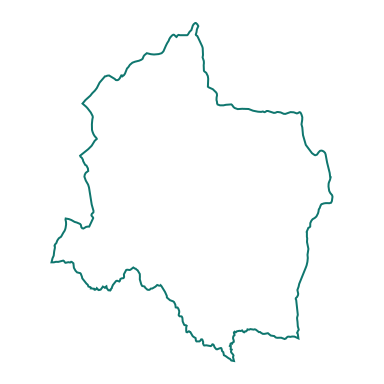 Gachetá, Cundinamarca, Colombia
{"feature_id": "7082276B90187187212426", "entity_name": "Gachetá", "entity_type": "district", "adm_level": 2, "iso_a3": "COL", "parent_name": "Colombia", "parent_adm1": "Cundinamarca", "projection": "equal_earth", "projection_center": [-73.63, 4.871], "detail": "fine", "context": "isolated", "style": "outline", "palette": "teal", "viewbox_px": 384, "rotation_deg": 0, "n_neighbors": 0, "source": "geoboundaries", "source_scale": "gbopen_adm2", "svg_char_len": 5916}
<svg xmlns="http://www.w3.org/2000/svg" viewBox="0 0 384 384"><path d="M301.4,114.3L300.4,112.5L299.5,112.2L297.7,113.2L296.8,113.4L293.7,112.3L290.5,112.1L285.4,113.9L283.7,113.8L280.6,112.4L278.0,112.0L277.1,112.0L275.5,112.7L273.9,112.9L268.0,111.0L266.7,111.0L264.9,112.1L264.2,112.1L262.9,111.5L261.2,111.9L258.0,111.7L253.0,110.7L248.6,109.0L242.1,108.8L237.7,109.1L234.7,108.0L233.6,107.1L232.0,104.9L231.3,104.4L225.9,104.8L223.6,105.3L219.9,105.3L217.6,104.5L217.1,103.4L217.0,101.9L216.5,100.0L216.6,97.4L217.0,95.5L216.9,93.9L216.2,92.5L212.8,89.2L208.8,87.4L207.9,86.7L208.2,78.7L207.8,76.0L206.2,72.8L204.6,71.6L204.1,71.1L203.9,70.5L203.7,65.2L203.9,63.1L203.8,61.0L202.6,57.4L203.0,55.0L202.7,48.1L202.2,46.4L198.2,37.8L197.3,36.0L196.1,35.2L195.8,34.6L196.5,32.1L196.9,29.4L198.3,26.1L197.3,24.3L195.8,23.0L195.2,23.0L193.7,24.2L192.8,25.6L191.4,30.0L189.5,31.9L187.9,34.6L187.1,35.2L180.0,35.2L178.6,34.9L177.5,35.5L176.8,36.7L176.4,37.0L174.2,34.9L173.7,34.7L173.1,34.8L171.9,35.6L170.3,37.4L169.4,38.9L168.6,40.9L167.2,43.1L165.9,45.7L163.4,51.4L161.6,53.2L158.6,54.1L154.0,54.5L150.9,54.2L146.8,53.2L144.4,55.2L143.6,56.3L142.6,58.8L141.4,59.7L139.1,60.7L135.0,61.7L132.4,62.7L129.9,64.8L128.3,67.2L127.0,68.5L125.0,73.6L123.9,75.2L122.2,76.4L121.9,76.1L121.8,75.4L121.3,75.4L119.7,78.4L118.4,79.8L117.1,80.2L115.8,80.0L114.7,78.9L109.1,75.5L107.2,75.7L105.8,76.3L105.0,76.3L99.6,82.6L96.8,88.1L94.9,90.6L92.2,93.3L90.3,95.7L85.5,100.0L82.5,103.6L86.0,106.6L87.5,108.2L90.8,112.5L92.6,116.0L92.8,117.2L92.3,119.7L91.9,124.2L92.0,129.9L92.6,132.0L93.6,134.4L94.8,136.3L96.3,137.9L96.8,138.9L94.7,140.8L91.7,145.7L88.2,149.2L80.1,155.7L80.6,156.8L81.8,157.8L82.9,159.7L83.2,161.2L85.2,164.9L86.4,165.5L87.9,168.4L88.2,171.0L85.8,172.8L84.8,174.6L84.4,176.7L85.8,180.6L88.1,184.6L89.0,187.5L91.7,204.5L93.5,210.9L93.4,212.4L91.8,213.9L91.4,215.1L91.5,215.6L93.1,217.6L93.2,218.1L89.2,226.6L87.7,226.6L86.1,226.9L83.5,228.5L82.3,228.3L81.4,227.3L80.8,224.8L80.0,223.9L76.7,222.5L74.6,221.9L71.3,220.0L68.9,219.1L65.7,218.5L65.5,219.6L66.0,221.9L66.1,224.4L65.6,227.8L65.1,229.6L64.3,231.3L63.5,232.4L61.1,236.7L58.8,238.3L57.3,240.5L56.3,243.1L55.0,244.5L54.7,245.3L54.8,245.3L54.9,247.8L54.2,251.3L53.7,255.7L52.5,258.3L51.5,262.3L54.0,262.3L55.9,261.8L58.2,261.9L63.2,260.6L63.9,261.0L65.1,262.6L65.6,262.8L68.3,262.2L70.2,262.5L71.1,261.8L71.7,261.9L73.4,263.3L73.9,267.8L75.5,270.7L77.1,272.4L80.1,273.1L80.7,273.6L81.9,276.6L82.3,278.4L86.5,283.7L87.7,284.7L88.4,286.5L90.4,287.2L90.9,287.7L90.8,288.4L91.0,288.4L94.4,288.8L95.0,289.3L94.7,289.7L94.9,289.8L96.2,289.2L96.8,288.2L98.4,290.0L98.9,289.8L99.4,290.0L100.7,289.6L102.9,286.6L103.5,287.1L104.7,287.4L105.5,288.5L105.2,287.1L106.4,286.3L106.8,288.2L108.4,290.3L109.4,290.4L110.2,289.8L110.4,290.2L110.8,289.8L110.8,289.2L111.7,288.2L111.7,288.7L111.9,287.4L112.9,285.0L116.0,281.1L117.0,280.7L119.3,281.5L119.7,281.1L120.5,278.9L121.6,278.4L123.5,278.1L124.1,277.0L123.9,274.3L126.2,270.0L127.1,269.7L129.7,270.0L130.5,269.7L133.3,267.5L135.0,268.6L135.7,268.7L136.4,269.5L137.6,270.3L139.8,274.0L139.9,276.8L139.8,279.3L141.3,284.5L142.2,286.0L144.5,286.5L145.2,287.7L147.4,289.7L149.0,289.9L149.8,289.6L150.8,288.6L152.3,288.5L155.5,286.6L157.2,285.0L158.9,285.6L160.7,285.7L160.8,285.4L161.3,285.9L165.0,291.9L166.8,295.9L166.9,297.5L170.0,300.2L173.0,301.3L174.0,302.0L175.3,304.6L175.7,307.4L176.6,307.6L177.5,307.5L178.3,308.6L179.2,311.0L179.2,312.3L178.7,314.9L178.8,315.5L179.7,316.3L181.2,316.3L181.8,316.6L182.4,318.0L182.7,321.5L184.1,324.7L184.5,325.1L185.8,325.2L186.7,325.8L186.3,326.9L186.2,328.0L186.2,330.9L186.5,332.1L187.2,332.3L188.8,331.3L189.3,331.4L189.7,331.9L190.3,332.0L192.6,336.0L193.5,336.8L195.6,338.1L195.9,340.6L196.5,341.4L199.4,341.4L200.3,340.7L201.1,339.4L201.9,339.3L202.4,339.8L203.2,342.1L203.0,343.3L203.6,344.9L204.2,345.5L206.3,345.3L210.8,346.1L211.6,345.5L212.4,344.3L212.8,344.3L213.6,344.9L214.7,347.4L216.3,349.2L217.2,349.3L219.4,348.4L220.9,348.0L221.3,348.2L221.7,349.2L222.0,350.9L223.3,352.2L223.9,355.2L225.5,356.0L228.8,358.4L229.9,358.8L231.3,360.5L234.0,361.0L233.0,357.1L233.5,355.5L233.1,354.6L231.2,352.4L231.0,351.2L231.7,349.6L230.7,349.3L230.8,346.7L229.8,346.0L230.0,345.6L230.7,345.2L230.4,344.4L230.6,343.6L231.4,343.2L232.2,343.6L232.7,342.5L233.8,341.8L233.7,340.3L233.1,338.7L233.1,337.4L233.4,336.2L234.5,335.3L234.5,334.6L234.1,333.9L233.9,332.4L234.7,331.7L235.2,332.2L235.7,332.4L236.9,331.3L239.4,330.8L240.8,331.0L242.1,330.4L243.5,332.1L244.3,332.3L245.2,331.3L245.9,331.4L247.2,330.3L247.5,329.4L248.2,329.6L249.3,329.6L250.3,329.1L253.6,329.6L254.8,329.3L256.0,329.8L258.9,332.1L260.0,332.0L261.1,332.9L262.9,333.9L264.4,333.9L267.9,333.2L270.7,335.5L274.3,336.1L275.6,337.4L277.1,337.8L281.1,337.7L284.6,339.0L285.9,338.5L286.4,337.8L287.6,336.8L288.9,336.6L290.1,336.9L292.3,336.5L294.5,336.6L298.4,338.4L297.8,334.0L297.1,332.9L297.5,332.4L297.7,331.3L298.5,330.2L298.7,329.5L297.8,326.3L297.5,321.8L297.1,318.7L297.1,317.6L297.8,314.9L297.7,313.9L296.2,300.1L295.7,298.9L295.9,298.1L297.1,296.9L298.0,295.1L298.2,293.8L297.4,290.0L298.6,286.7L299.2,283.9L305.9,267.3L306.6,265.4L307.4,261.9L307.8,258.0L307.5,254.8L308.4,248.9L307.0,242.0L307.2,238.2L306.9,236.9L306.9,232.2L306.7,232.1L306.7,231.8L308.4,227.8L309.4,227.4L310.2,226.6L310.3,223.1L311.4,220.7L312.6,219.2L314.7,218.0L316.4,216.5L318.0,213.4L318.5,211.5L318.8,209.4L319.6,208.2L320.7,205.3L321.5,204.2L323.9,203.4L326.0,203.1L329.5,203.2L331.1,202.7L331.9,201.0L332.5,196.8L332.1,195.2L330.2,192.9L329.2,190.9L329.0,189.8L328.5,186.5L328.6,183.8L328.9,182.5L330.0,179.8L330.6,177.4L330.2,177.4L329.7,173.0L327.1,162.5L325.6,154.4L325.0,152.8L323.6,151.4L321.8,150.6L320.7,150.7L320.0,150.9L318.6,152.3L317.1,154.5L315.6,155.2L314.7,155.1L312.0,153.2L305.8,144.9L303.0,135.1L302.3,127.5L301.5,124.4L302.2,119.9L302.3,117.2L301.4,114.3Z" fill="none" stroke="#0f766e" stroke-width="2"/></svg>